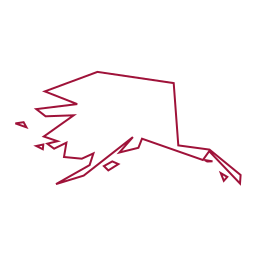 an SVG outline of Alaska
{"feature_id": "USA-3563", "entity_name": "Alaska", "entity_type": "State", "adm_level": 1, "iso_a3": "USA", "parent_name": "United States of America", "parent_adm1": "", "projection": "natural_earth1", "projection_center": [-152.163, 61.314], "detail": "coarse", "context": "isolated", "style": "outline", "palette": "rose", "viewbox_px": 256, "rotation_deg": 0, "n_neighbors": 0, "source": "natural_earth", "source_scale": "10m", "svg_char_len": 703}
<svg xmlns="http://www.w3.org/2000/svg" viewBox="0 0 256 256"><path d="M173.7,83.1L178.3,145.4L209.5,149.6L240.6,175.0L240.0,183.5L209.2,151.2L202.9,160.0L142.0,138.7L138.4,147.8L119.4,152.5L132.9,137.1L83.7,175.6L56.0,184.1L89.6,165.1L93.4,153.4L81.8,158.7L64.0,157.0L66.4,142.7L54.1,148.7L47.3,143.7L57.5,141.2L43.8,136.5L73.7,115.3L45.6,116.3L36.3,109.1L77.2,104.1L44.8,91.4L97.4,71.9L173.7,83.1ZM118.4,164.1L108.3,170.4L103.9,166.1L112.3,161.4L118.4,164.1ZM227.3,176.9L223.8,180.8L220.8,173.1L227.3,176.9ZM23.6,122.2L26.4,127.3L15.4,123.4L23.6,122.2ZM207.2,161.5L204.5,160.0L212.5,161.3L207.2,161.5ZM43.3,144.5L42.8,149.2L36.3,146.0L43.3,144.5Z" fill="none" stroke="#9f1239" stroke-width="2"/></svg>